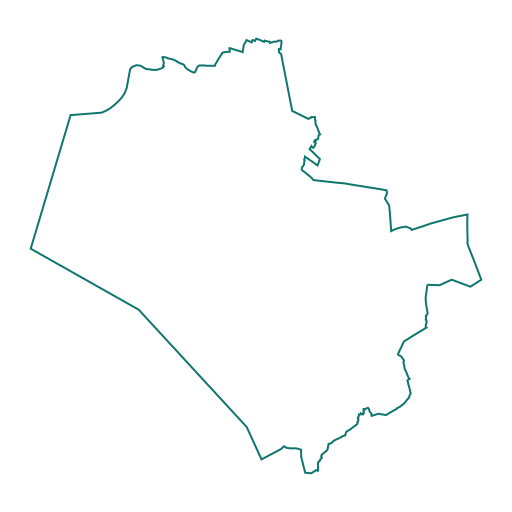 Hole nor, Buskerud, Norway
{"feature_id": "86288312B40631627404098", "entity_name": "Hole nor", "entity_type": "district", "adm_level": 2, "iso_a3": "NOR", "parent_name": "Norway", "parent_adm1": "Buskerud", "projection": "albers", "projection_center": [10.375, 60.042], "detail": "fine", "context": "isolated", "style": "outline", "palette": "teal", "viewbox_px": 512, "rotation_deg": 0, "n_neighbors": 0, "source": "geoboundaries", "source_scale": "gbopen_adm2", "svg_char_len": 5788}
<svg xmlns="http://www.w3.org/2000/svg" viewBox="0 0 512 512"><path d="M246.7,427.0L261.5,459.4L279.8,449.7L281.0,449.0L281.9,448.2L283.9,446.2L286.7,447.9L289.8,448.3L295.3,448.3L295.8,448.3L298.6,448.9L301.1,449.8L301.2,457.0L305.2,472.7L311.2,473.3L316.2,470.1L317.8,470.9L318.1,469.8L317.9,463.4L318.0,462.8L318.5,461.9L318.9,461.7L319.0,461.5L319.1,461.3L319.2,461.1L319.7,460.9L319.9,460.6L320.1,459.8L321.9,457.7L321.7,457.3L321.5,457.1L321.1,456.3L321.4,455.5L321.8,454.8L321.9,454.5L327.3,450.2L327.4,449.9L328.6,443.8L330.5,443.5L331.6,443.0L333.9,440.6L335.0,440.2L336.1,439.5L338.1,438.7L339.9,437.8L341.7,436.7L343.9,435.7L345.1,435.5L345.4,434.9L345.6,433.6L345.8,433.0L346.4,431.8L346.6,431.5L348.8,430.2L350.0,429.7L350.4,429.3L350.8,428.9L354.6,426.1L355.2,425.7L356.9,424.3L357.3,423.9L357.5,423.2L357.5,422.8L357.5,422.6L357.4,422.3L357.4,422.2L357.7,422.1L357.9,421.9L358.0,421.7L358.0,421.1L358.2,420.6L358.2,420.0L358.4,419.5L358.5,419.1L358.4,419.0L358.0,418.8L357.9,418.5L357.9,418.1L357.9,417.9L358.6,416.7L358.4,416.2L359.0,415.2L358.9,414.7L359.0,414.4L359.3,414.4L359.5,414.3L359.9,414.4L360.1,414.3L360.8,414.2L360.8,414.3L361.0,414.3L361.0,414.1L361.2,414.3L361.3,414.3L361.6,414.1L361.8,414.1L361.7,413.9L361.9,414.0L362.1,413.9L362.2,414.1L362.8,414.3L363.1,414.3L363.3,413.8L363.4,413.6L363.6,413.3L363.8,413.2L363.8,412.9L363.8,412.7L363.6,412.6L363.6,412.2L363.7,411.8L363.7,411.3L363.5,410.8L363.4,410.6L363.5,410.3L363.5,409.7L363.6,409.4L363.5,409.0L363.7,408.9L363.8,408.9L364.1,409.1L364.3,409.1L364.6,409.5L364.8,409.6L365.0,409.3L365.4,409.1L365.8,408.7L366.5,408.3L366.9,408.1L367.4,408.1L367.7,408.0L367.9,407.8L368.0,407.8L368.8,408.8L369.2,409.9L369.5,411.0L369.7,411.7L370.3,412.4L371.3,413.5L371.5,414.2L371.6,415.8L373.5,415.3L374.6,414.9L375.7,414.7L376.0,414.5L376.2,414.4L378.2,413.8L379.1,413.8L379.7,414.0L382.9,414.5L383.9,414.7L386.0,415.1L386.5,414.8L387.5,414.2L388.6,413.4L389.6,412.9L392.8,411.0L396.7,408.9L396.7,408.5L400.1,406.6L403.9,403.6L404.3,403.1L406.4,400.7L406.7,400.2L408.1,398.7L409.1,397.4L409.4,395.9L410.7,393.4L408.8,385.7L408.5,385.0L408.1,382.9L407.4,380.5L409.1,379.1L409.6,378.8L408.9,378.1L408.7,377.9L407.4,375.1L406.5,372.7L405.9,371.2L405.2,370.0L404.9,369.5L404.8,369.2L404.7,368.7L404.4,367.6L404.3,367.3L404.4,366.9L404.4,366.3L404.3,365.8L403.3,362.0L403.4,361.7L403.8,361.1L404.0,360.8L403.8,360.3L403.6,359.7L403.4,359.4L402.4,358.3L402.0,357.5L401.6,356.8L400.7,356.1L398.6,355.1L398.2,354.8L398.1,354.7L398.0,354.0L403.9,341.5L416.3,333.7L426.5,327.6L425.8,327.1L425.7,326.7L425.6,326.1L425.8,324.9L426.6,322.4L426.4,320.2L426.2,319.9L425.9,320.0L425.8,319.9L425.7,319.8L425.7,319.6L425.9,319.2L425.9,318.4L426.0,318.0L426.0,317.8L426.0,317.5L426.0,317.1L426.1,316.8L426.0,316.5L425.9,316.1L425.8,315.7L426.1,315.4L426.5,315.5L426.9,314.7L427.1,314.3L427.5,313.5L427.6,313.0L427.6,312.8L426.2,305.0L426.0,304.2L425.6,298.2L425.7,297.0L426.0,294.8L427.3,285.6L427.6,285.1L428.1,284.8L439.5,285.2L451.7,279.7L470.4,286.7L481.3,279.7L472.9,257.7L472.5,256.9L472.2,256.0L471.1,253.3L470.9,252.7L468.8,247.5L467.5,243.9L467.6,240.6L467.3,227.5L467.3,218.8L467.5,214.5L453.3,217.3L430.5,223.6L423.1,226.2L411.6,229.9L410.9,228.6L405.9,226.6L400.6,227.5L397.8,228.3L394.2,229.6L391.2,231.1L391.1,230.1L391.0,227.5L390.6,223.7L390.7,223.2L390.5,221.4L390.4,219.8L390.3,218.8L390.1,216.7L390.1,216.4L389.9,213.6L389.8,211.9L389.6,210.9L389.4,208.0L389.3,207.0L389.1,205.4L387.9,203.4L387.5,202.8L384.9,198.6L387.1,192.9L386.8,191.7L386.4,190.2L381.7,189.5L381.2,189.3L380.4,189.2L362.7,186.4L348.0,184.0L345.6,183.5L337.9,182.8L313.6,180.1L310.3,176.7L310.1,176.5L304.6,172.1L303.9,171.6L302.6,170.6L301.7,169.8L301.8,169.0L301.7,168.6L301.8,167.9L302.2,167.2L303.5,165.5L304.0,164.6L304.2,162.7L304.4,160.9L304.7,160.4L304.2,159.8L305.0,157.4L305.0,156.7L309.7,159.9L317.5,165.4L319.9,159.1L310.7,150.1L309.6,149.2L310.6,147.5L311.4,146.2L311.5,146.4L312.4,147.3L313.0,147.7L313.4,147.8L313.6,147.4L314.8,145.9L314.9,145.7L315.1,144.7L315.8,143.3L314.6,142.3L314.1,141.8L315.1,140.2L315.7,140.7L316.2,139.6L316.7,139.6L317.8,139.2L318.2,138.3L318.4,137.3L318.4,136.2L318.7,135.2L318.8,135.1L320.1,134.4L319.2,133.1L319.2,132.4L318.3,130.7L318.0,129.5L317.7,128.8L317.4,127.8L316.9,126.9L316.7,126.2L316.3,125.8L315.9,124.6L315.6,123.9L315.3,121.6L315.6,121.0L315.0,119.3L314.9,117.0L310.8,117.2L310.6,117.9L309.7,118.2L308.4,118.9L292.2,110.9L281.1,54.0L280.2,53.3L279.8,53.0L279.2,52.6L279.1,52.1L278.8,50.1L278.9,49.1L280.6,49.4L280.6,48.6L280.7,47.6L280.9,46.7L281.2,45.0L281.4,43.9L281.4,42.8L281.6,41.7L281.5,41.4L281.3,41.0L281.1,40.8L280.9,40.6L280.5,40.5L278.8,40.7L278.4,40.7L278.2,40.6L277.1,41.4L276.2,41.7L274.8,41.6L274.3,41.7L270.2,42.8L270.3,42.4L270.2,42.0L269.6,41.8L265.1,40.8L264.6,40.6L264.1,41.9L260.0,40.0L256.3,38.7L254.9,41.1L253.4,40.1L252.2,40.4L251.6,42.4L246.5,40.1L246.1,41.3L245.0,42.9L243.8,45.0L242.7,52.1L231.9,48.8L230.6,48.3L229.8,48.2L229.4,48.2L229.8,51.7L226.3,52.0L223.0,52.5L222.6,52.6L222.4,52.7L222.3,52.8L222.0,53.3L221.9,53.9L221.9,54.0L221.0,55.1L220.1,56.5L219.1,58.0L215.2,64.5L215.0,65.7L212.5,65.8L206.3,65.7L204.8,65.6L204.1,65.4L199.4,65.5L197.8,66.5L196.6,68.3L196.2,69.6L195.1,72.0L193.9,72.6L191.9,71.8L189.2,70.4L187.1,69.0L185.0,66.9L184.2,65.1L183.5,64.4L182.0,64.0L179.5,63.0L177.5,62.0L177.6,61.7L175.6,60.7L174.6,60.1L173.0,59.5L169.2,58.6L167.9,58.3L167.5,58.0L167.1,57.8L164.9,57.3L163.5,57.0L162.8,57.1L162.4,57.3L163.7,62.3L163.7,63.7L163.0,65.7L163.9,66.3L162.4,68.0L157.2,69.8L153.3,69.9L145.9,68.9L140.4,65.7L136.5,65.2L132.1,66.9L130.1,69.3L126.7,88.0L124.5,93.5L121.5,97.9L117.8,101.8L114.2,105.1L109.9,108.5L105.7,110.9L101.4,112.7L70.6,115.1L30.7,248.7L138.7,309.7L246.7,427.0Z" fill="none" stroke="#0f766e" stroke-width="2"/></svg>